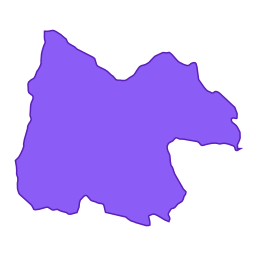 outline of Uthai Thani
{"feature_id": "THA-405", "entity_name": "Uthai Thani", "entity_type": "Province", "adm_level": 1, "iso_a3": "THA", "parent_name": "Thailand", "parent_adm1": "", "projection": "robinson", "projection_center": [99.519, 15.359], "detail": "fine", "context": "isolated", "style": "filled", "palette": "violet", "viewbox_px": 256, "rotation_deg": 0, "n_neighbors": 0, "source": "natural_earth", "source_scale": "10m", "svg_char_len": 3813}
<svg xmlns="http://www.w3.org/2000/svg" viewBox="0 0 256 256"><path d="M146.2,225.6L135.5,222.5L134.8,222.1L131.1,220.9L130.4,220.5L128.0,218.9L125.8,217.0L105.5,212.3L104.0,205.8L103.7,205.1L103.3,204.4L102.5,203.9L101.4,203.5L99.2,203.3L97.0,202.6L95.6,201.9L92.3,200.9L91.4,200.5L90.6,200.0L87.3,196.1L86.7,195.7L86.0,195.4L85.0,195.6L84.3,196.0L83.6,196.5L80.2,200.2L79.3,203.5L79.0,207.1L77.0,212.5L70.6,214.2L68.3,214.0L67.1,213.1L66.7,212.8L65.9,212.4L62.3,211.5L59.3,210.4L57.9,209.5L56.7,209.4L55.4,209.6L53.8,210.0L52.7,210.0L51.9,209.7L48.2,207.4L47.1,207.2L46.1,207.2L45.4,207.5L39.3,209.2L35.8,209.7L34.4,209.6L33.6,209.2L33.3,208.3L32.8,207.3L31.7,205.4L31.0,204.6L19.6,194.3L19.3,193.9L18.9,193.2L17.9,190.2L17.5,188.4L17.4,183.4L17.8,180.7L17.9,179.7L17.8,177.8L17.3,176.2L17.0,175.5L16.8,174.7L16.6,173.8L16.7,170.9L16.5,167.0L15.4,160.5L18.6,157.4L20.6,154.0L22.6,149.7L23.4,147.5L23.8,145.9L23.6,144.1L24.4,139.6L27.5,128.7L27.7,126.4L28.3,124.9L29.1,123.4L30.5,121.3L31.0,120.0L31.2,118.9L31.0,118.1L30.4,116.6L30.2,115.9L30.1,115.0L30.7,105.1L31.3,102.7L32.6,99.8L33.0,98.4L33.1,97.2L32.9,96.4L32.6,95.7L32.2,95.3L29.7,93.4L29.2,93.0L28.8,92.4L28.5,91.7L28.3,90.9L28.0,84.3L28.3,82.9L28.8,81.9L30.9,80.0L33.6,78.5L34.3,77.6L35.1,76.3L36.7,72.0L37.2,70.9L37.7,70.4L39.2,68.0L40.6,65.0L41.0,63.4L41.1,62.0L41.0,61.1L41.5,54.4L42.0,51.8L43.2,47.6L43.9,45.5L44.9,43.4L45.2,42.2L45.1,41.2L44.6,39.6L44.4,37.1L44.5,31.2L47.7,31.3L52.8,30.4L54.4,30.8L56.5,31.9L60.9,34.7L64.4,37.8L65.6,38.6L66.2,39.2L66.5,39.9L67.4,42.0L68.3,43.1L69.2,43.8L74.8,47.0L76.8,49.0L92.9,57.2L94.7,58.6L96.4,64.2L96.7,64.8L97.1,65.5L97.8,66.1L98.5,66.6L104.8,69.7L107.4,71.4L111.2,75.0L113.0,76.2L115.8,79.5L116.6,79.9L117.9,80.2L120.1,80.2L122.1,80.5L124.6,80.5L125.4,80.3L126.7,79.8L129.7,77.6L132.9,75.7L134.0,74.8L134.9,73.6L137.3,69.8L139.0,67.4L139.5,66.9L140.1,66.4L141.4,65.7L145.3,64.6L147.8,63.2L149.0,62.4L154.0,57.1L155.1,56.2L155.8,55.8L162.6,52.7L163.4,52.6L164.2,52.6L165.9,52.9L166.7,52.9L169.1,52.4L170.4,53.2L172.1,54.7L177.3,60.6L179.0,62.1L183.5,64.4L185.8,65.2L187.3,65.5L188.1,65.5L188.9,65.3L189.5,64.9L191.1,63.5L191.8,63.2L193.3,62.7L194.9,62.7L195.4,63.0L196.0,63.6L196.9,66.8L198.6,79.3L199.2,80.4L204.1,87.4L206.1,89.7L207.5,90.9L212.1,93.0L212.9,93.0L213.5,92.7L214.4,91.9L215.0,91.6L215.7,91.5L216.6,91.6L217.9,92.1L219.6,93.2L234.8,107.4L237.1,113.6L237.0,117.9L236.7,118.4L235.8,118.4L233.9,118.0L233.0,118.0L232.3,118.2L231.7,118.6L231.4,119.3L231.4,120.6L231.7,121.4L232.1,122.1L232.5,122.5L235.5,124.9L236.4,125.8L237.5,127.4L239.7,131.7L239.9,132.3L240.0,133.1L240.1,137.9L239.4,140.3L237.4,144.8L237.6,148.5L240.6,148.6L237.2,150.5L236.5,150.5L235.7,150.2L235.3,149.6L234.9,147.9L234.6,147.1L234.2,146.6L233.8,146.1L232.9,145.7L228.5,144.1L225.3,143.4L224.4,143.3L222.6,143.4L220.1,143.9L219.3,143.9L216.9,143.3L215.2,143.1L211.6,143.3L206.8,144.3L203.7,145.2L202.9,145.4L202.2,145.4L201.4,145.2L200.8,144.8L198.9,142.5L198.3,142.1L197.7,141.7L197.0,141.5L183.2,139.1L179.6,139.0L178.8,138.7L176.8,137.8L176.0,137.8L175.3,138.2L174.6,138.8L173.7,139.9L173.1,140.6L172.3,141.1L169.7,142.5L169.1,142.9L168.5,143.5L168.0,144.3L167.3,145.8L167.1,147.2L167.3,148.7L167.9,151.0L169.6,154.7L169.9,156.1L170.4,162.1L171.0,165.3L172.3,167.2L172.9,168.6L173.4,170.2L173.6,171.0L174.7,174.0L183.4,189.2L185.5,191.2L185.9,191.7L185.9,192.7L185.6,194.1L184.0,196.5L183.4,198.7L182.7,200.2L182.0,201.4L178.3,203.7L177.7,204.1L175.3,207.0L174.4,207.8L173.7,208.1L172.0,208.5L171.3,208.8L170.8,209.4L168.7,212.7L168.3,213.8L168.4,215.1L169.2,216.6L169.9,218.8L168.9,221.6L164.8,219.9L157.3,215.4L154.6,214.2L153.5,214.1L152.2,214.3L149.2,215.6L148.6,216.0L148.6,216.3L148.7,216.9L149.6,220.6L149.9,223.0L149.9,225.0L148.7,225.5L146.2,225.6Z" fill="#8b5cf6" stroke="#5b21b6" stroke-width="1.5"/></svg>